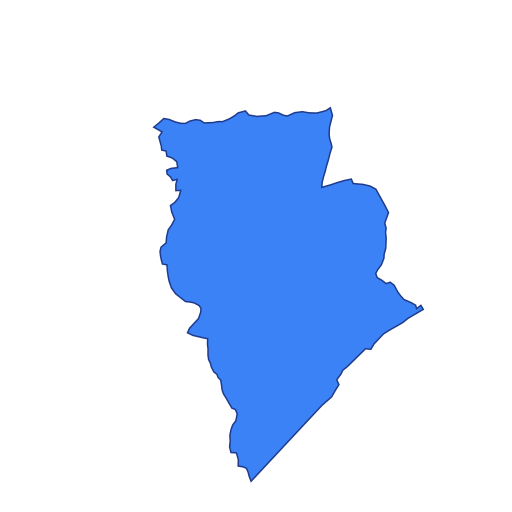 Arapongas, Paraná, Brazil, rotated 48°
{"feature_id": "56859067B84180085420981", "entity_name": "Arapongas", "entity_type": "district", "adm_level": 2, "iso_a3": "BRA", "parent_name": "Brazil", "parent_adm1": "Paraná", "projection": "equal_earth", "projection_center": [-51.445, -23.445], "detail": "fine", "context": "isolated", "style": "filled", "palette": "blue", "viewbox_px": 512, "rotation_deg": 48, "n_neighbors": 0, "source": "geoboundaries", "source_scale": "gbopen_adm2", "svg_char_len": 2385}
<svg xmlns="http://www.w3.org/2000/svg" viewBox="0 0 512 512"><g transform="rotate(48 256 256)"><path d="M92.1,232.6L92.2,239.0L91.9,245.8L100.9,242.8L102.5,248.6L106.5,250.6L110.9,252.8L114.2,255.2L117.8,252.6L122.1,255.4L127.2,252.6L133.0,251.8L137.9,255.1L134.0,260.6L132.5,265.0L135.6,267.2L140.0,266.6L144.1,267.5L146.3,263.3L149.1,267.6L153.8,271.8L156.9,268.0L160.9,274.4L161.8,280.7L161.3,285.8L166.8,289.1L174.3,291.9L176.7,298.5L177.8,303.7L182.1,309.8L186.1,314.0L185.9,320.6L188.4,324.3L192.1,326.9L195.6,329.0L199.3,330.9L203.0,328.1L207.7,331.8L213.3,335.5L216.6,337.4L223.1,340.2L230.2,341.0L242.6,338.9L246.7,335.3L249.7,333.2L254.9,331.4L258.2,332.0L260.7,334.6L264.0,340.5L265.2,353.6L267.2,358.3L272.8,356.0L280.3,350.8L285.2,347.3L289.0,351.0L293.3,354.1L297.4,357.9L301.4,360.6L305.1,361.6L308.4,363.4L313.9,364.9L317.7,364.2L320.8,365.4L324.7,365.3L329.2,368.2L332.7,370.7L336.6,372.4L341.7,373.3L348.5,374.8L353.0,375.7L356.2,374.0L360.7,375.6L364.9,381.1L366.0,386.4L368.1,390.4L371.7,395.3L376.4,399.1L380.1,403.3L385.3,406.1L389.2,402.3L395.5,405.4L400.2,409.8L404.3,406.5L407.4,405.2L411.6,406.6L414.7,408.3L420.1,410.4L412.9,327.8L411.1,306.7L411.3,294.1L409.1,287.5L407.1,280.5L402.0,278.8L400.6,272.0L399.0,268.0L399.3,261.5L398.2,236.6L402.2,233.1L400.3,227.1L399.2,213.4L400.3,206.9L403.7,191.3L404.0,185.0L404.8,180.8L407.6,167.4L403.0,166.5L402.6,171.9L399.4,170.3L394.5,171.9L387.2,175.2L382.5,175.2L377.5,174.7L370.2,172.9L365.3,173.8L363.5,177.8L358.3,178.7L353.1,180.4L349.1,178.7L347.6,174.7L346.4,168.7L343.3,162.5L340.5,159.7L337.0,154.3L329.6,147.1L325.2,144.0L322.4,140.7L317.6,138.2L314.6,132.5L312.4,128.5L303.9,126.2L300.7,125.5L286.6,122.2L280.4,124.4L274.1,128.8L269.9,132.8L267.2,135.3L262.6,133.7L258.9,140.1L255.9,146.3L253.3,152.4L251.4,156.3L249.0,161.2L245.6,157.6L242.8,153.6L239.4,147.9L237.0,144.5L234.6,140.5L231.6,135.8L229.3,132.5L225.9,126.7L222.9,125.0L218.3,122.9L214.3,120.1L209.4,115.1L202.7,105.1L195.6,101.6L194.7,107.0L190.5,115.1L185.1,120.8L179.8,125.0L175.4,131.3L173.0,138.9L170.2,141.2L164.6,143.6L161.5,146.3L158.6,154.5L152.8,162.0L146.4,167.0L141.1,166.8L137.7,173.5L137.5,177.8L136.3,183.9L133.8,190.9L130.5,194.6L128.0,198.8L125.2,202.1L122.5,205.5L117.9,206.6L114.3,209.6L111.5,214.8L110.2,219.8L107.1,223.1L102.7,226.1L96.4,229.2L92.1,232.6Z" fill="#3b82f6" stroke="#1e3a8a" stroke-width="1.5"/></g></svg>